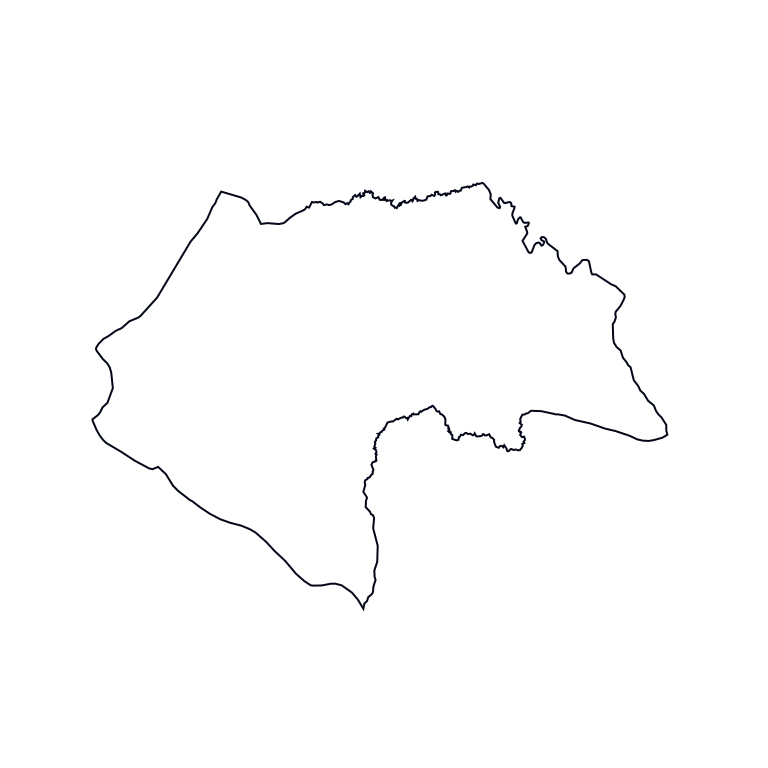 outline of Chhaeb, Preah Vihéar, Cambodia, rotated 17°
{"feature_id": "14789045B96642670477146", "entity_name": "Chhaeb", "entity_type": "district", "adm_level": 2, "iso_a3": "KHM", "parent_name": "Cambodia", "parent_adm1": "Preah Vihéar", "projection": "robinson", "projection_center": [105.534, 13.896], "detail": "fine", "context": "isolated", "style": "outline", "palette": "ink", "viewbox_px": 768, "rotation_deg": 17, "n_neighbors": 0, "source": "geoboundaries", "source_scale": "gbopen_adm2", "svg_char_len": 6161}
<svg xmlns="http://www.w3.org/2000/svg" viewBox="0 0 768 768"><g transform="rotate(17 384 384)"><path d="M430.0,605.0L429.4,599.7L431.2,596.5L431.3,592.3L433.6,588.9L434.3,586.5L433.1,580.6L433.2,573.8L431.4,571.2L429.3,565.2L429.5,556.0L425.3,540.6L415.8,525.1L413.7,514.9L411.7,512.6L409.6,512.3L407.9,510.2L402.5,507.1L400.9,500.8L401.0,497.6L395.8,493.2L395.6,485.9L394.3,483.8L394.2,481.6L395.9,479.7L395.8,478.6L397.7,477.4L398.3,474.7L399.5,473.0L398.8,471.4L399.0,469.2L395.6,464.9L396.0,462.2L398.8,460.2L398.5,459.5L399.0,459.2L397.3,455.4L397.6,453.7L396.2,453.2L396.8,451.5L395.7,449.6L393.3,448.8L394.4,447.5L393.1,447.0L393.1,443.4L392.2,442.1L392.9,440.4L392.5,438.5L394.0,436.7L393.5,436.0L394.3,433.8L392.9,433.3L394.2,432.6L395.0,430.8L395.7,430.6L395.9,429.3L397.6,427.6L396.9,426.7L397.7,425.6L398.6,419.9L401.2,418.0L403.4,417.3L406.3,413.5L407.7,413.8L410.2,411.2L411.7,410.7L412.2,409.5L413.3,409.2L415.1,410.2L416.1,409.6L417.1,410.9L418.1,407.0L419.5,406.7L419.4,405.0L420.7,403.8L421.2,404.4L425.7,402.9L426.0,400.8L427.0,399.3L427.6,399.7L430.0,396.9L433.1,394.8L434.4,392.8L435.7,392.4L436.4,390.8L437.1,390.6L440.2,392.5L442.1,394.5L443.4,394.7L444.7,394.0L446.7,396.3L448.3,396.2L451.0,397.5L453.1,399.8L454.4,404.8L455.0,405.4L457.3,405.1L458.2,406.2L458.5,407.9L458.9,408.3L459.3,407.8L460.3,409.6L459.3,410.4L460.6,411.1L461.9,410.6L462.6,412.3L464.4,413.0L465.3,416.5L469.9,416.7L471.6,415.5L471.1,413.0L471.9,412.3L472.4,410.0L474.6,409.7L476.0,407.1L477.0,406.7L478.8,407.3L481.2,406.3L483.8,407.1L484.8,406.5L485.1,404.7L487.6,407.0L488.9,406.8L492.0,405.4L492.9,404.5L493.3,403.0L493.9,402.8L495.3,403.6L496.9,403.3L499.2,401.3L501.7,403.8L503.5,403.9L505.7,405.2L506.1,407.1L509.3,411.2L512.3,411.5L513.0,409.5L514.8,408.7L516.6,409.6L516.9,407.4L520.1,410.0L521.4,412.0L522.0,412.1L522.9,411.7L524.2,409.2L524.9,408.9L527.1,409.2L529.7,408.0L531.4,408.3L533.2,407.6L534.5,404.5L534.8,402.6L533.8,400.8L535.5,399.4L534.3,398.3L535.1,396.5L534.9,395.4L533.4,393.4L531.5,394.5L529.1,392.9L529.4,390.2L528.6,389.6L527.7,390.1L526.6,389.5L526.8,386.3L527.7,385.0L527.8,382.8L525.1,381.6L525.8,380.1L524.6,378.2L524.6,376.2L525.4,372.8L527.5,372.0L528.4,370.7L530.0,370.0L532.5,366.6L542.3,364.0L557.9,362.7L558.8,362.2L566.4,361.3L577.0,362.6L593.0,361.4L608.5,362.0L619.2,361.3L634.0,361.7L642.3,362.9L648.0,362.5L653.7,361.1L658.2,358.9L665.9,354.0L669.8,349.7L667.6,346.0L665.9,340.6L659.0,334.7L655.2,332.8L652.0,330.2L648.4,325.7L641.3,322.7L635.6,317.5L631.1,315.4L627.7,311.6L621.8,307.4L614.9,295.9L611.9,294.6L609.7,292.3L604.9,289.1L600.4,282.7L595.7,280.7L591.9,277.4L589.9,273.5L585.3,260.0L586.2,256.9L586.3,252.6L584.6,249.1L584.5,247.1L587.4,240.0L588.7,232.3L588.6,229.8L587.6,228.2L577.0,222.8L571.9,222.2L554.8,217.2L551.1,218.3L549.7,216.8L544.2,206.9L541.8,205.9L537.5,207.5L535.8,211.7L531.5,217.8L530.7,223.0L528.4,224.5L526.9,224.6L525.2,223.3L523.4,218.8L515.4,214.1L514.3,212.8L512.9,211.0L511.1,206.2L500.1,202.1L498.5,201.0L496.4,197.9L493.8,196.8L491.8,197.5L491.2,199.0L492.5,200.4L495.2,200.8L495.8,201.6L495.4,204.6L494.2,205.6L491.7,203.7L490.5,203.5L488.4,204.8L487.3,206.9L486.7,215.0L485.6,215.9L483.8,215.8L474.6,206.6L477.0,198.1L476.3,196.5L473.1,192.4L475.2,190.9L475.6,188.0L474.8,187.3L471.5,188.8L469.9,188.6L465.9,184.7L465.1,185.1L464.0,187.4L464.0,191.4L463.5,192.0L462.8,191.7L457.5,185.5L456.9,183.3L457.3,177.7L457.0,176.3L453.9,176.6L452.7,173.7L451.1,173.2L446.6,175.7L445.8,175.7L441.7,172.4L440.7,172.0L440.0,172.6L440.2,177.2L443.2,180.6L443.1,182.0L441.0,182.1L431.7,176.1L430.6,171.4L427.7,167.8L420.6,163.2L419.3,163.0L416.0,165.1L414.3,165.1L413.7,167.1L411.1,167.1L410.8,168.6L409.9,169.6L408.5,170.0L408.0,171.2L406.1,170.6L405.3,171.5L401.2,173.5L400.8,176.7L399.8,177.0L398.7,178.6L397.1,178.0L396.3,179.2L395.1,178.0L393.6,179.4L392.2,179.7L391.6,180.2L391.8,182.3L391.4,183.0L389.3,183.2L388.7,185.4L388.0,185.5L387.3,183.8L386.7,183.9L383.2,186.9L381.8,186.2L380.5,186.6L379.5,184.5L377.5,185.1L376.7,186.0L377.5,187.9L377.2,189.4L374.1,189.2L373.4,190.7L370.8,191.8L370.6,195.2L369.1,196.5L366.8,197.7L363.4,198.0L362.5,199.1L361.3,197.3L360.0,197.6L359.1,195.8L357.8,198.2L358.1,200.0L357.7,200.9L357.0,200.0L356.0,200.0L353.8,203.6L352.1,204.3L351.0,204.2L350.8,203.1L350.0,202.9L347.9,205.4L347.8,207.6L346.8,208.8L346.5,208.4L346.9,206.8L346.6,206.2L346.1,206.5L344.7,212.1L343.6,211.7L342.8,212.3L341.6,211.1L339.9,211.0L338.2,210.0L337.8,208.0L338.4,206.1L337.3,206.9L335.8,206.6L333.0,208.2L332.7,207.2L330.2,208.0L329.9,207.6L330.9,206.7L330.5,205.2L329.9,205.4L328.5,208.5L326.1,209.1L324.0,206.9L321.7,209.0L318.8,208.6L317.7,206.4L317.7,204.8L315.8,203.9L315.2,203.7L315.5,204.8L314.4,205.4L313.0,204.2L311.8,205.5L309.5,204.8L309.8,206.6L309.3,207.5L308.4,207.5L308.3,208.1L310.0,209.3L309.3,210.2L307.8,210.7L306.9,212.2L305.2,209.1L303.4,212.6L302.8,213.0L301.2,211.7L299.5,214.5L300.0,216.1L298.6,217.6L298.6,219.6L297.8,220.6L297.5,222.5L295.9,221.9L294.6,223.3L292.2,222.1L287.5,222.1L284.3,224.1L281.5,227.5L279.4,228.9L276.8,229.0L274.2,230.5L272.6,229.3L269.6,228.4L267.3,230.0L266.5,229.6L263.5,231.0L261.9,231.0L260.8,237.2L258.2,237.1L257.5,239.8L256.0,241.6L249.8,246.9L245.4,252.6L241.9,258.4L240.5,259.8L236.6,261.8L225.6,264.2L219.5,266.9L212.6,259.6L203.5,252.7L200.9,249.7L198.2,248.5L193.2,247.4L172.1,247.6L170.1,256.3L169.8,260.4L168.1,265.2L166.7,277.8L161.6,294.5L157.4,304.4L141.8,367.6L131.3,390.0L129.3,392.6L122.3,398.3L116.8,407.2L111.9,411.6L106.6,418.6L102.5,422.9L99.4,428.9L98.3,432.6L98.2,434.5L99.6,436.4L107.8,442.3L113.5,445.3L116.9,448.4L119.8,452.8L125.9,467.2L125.0,482.9L121.7,488.6L120.8,494.2L119.7,497.1L115.5,503.1L116.3,504.6L122.5,511.9L127.0,516.2L131.8,519.7L135.6,521.6L152.2,525.6L168.4,530.3L184.2,533.4L187.6,533.1L192.2,529.3L201.8,534.0L211.9,542.9L218.1,546.3L233.0,552.0L234.1,551.9L244.6,555.8L255.3,559.0L266.9,561.2L277.6,561.7L288.8,561.2L298.3,562.1L304.5,563.6L317.6,569.5L328.0,575.6L341.1,582.0L355.3,591.2L365.5,595.8L372.7,597.9L375.0,597.6L383.5,594.8L391.2,590.7L395.8,589.2L402.4,588.9L414.4,592.9L422.1,597.9L430.0,605.0Z" fill="none" stroke="#020617" stroke-width="2"/></g></svg>